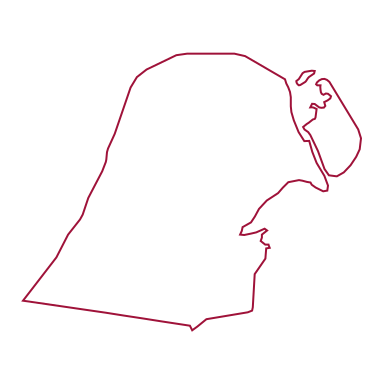 SVG path tracing the border of Al Jahrah
{"feature_id": "KWT-1667", "entity_name": "Al Jahrah", "entity_type": "Province", "adm_level": 1, "iso_a3": "KWT", "parent_name": "Kuwait", "parent_adm1": "", "projection": "equal_earth", "projection_center": [47.841, 29.537], "detail": "fine", "context": "isolated", "style": "outline", "palette": "rose", "viewbox_px": 384, "rotation_deg": 0, "n_neighbors": 0, "source": "natural_earth", "source_scale": "10m", "svg_char_len": 1931}
<svg xmlns="http://www.w3.org/2000/svg" viewBox="0 0 384 384"><path d="M234.5,53.7L245.1,56.1L285.0,79.3L286.3,83.5L288.2,87.2L290.0,92.0L290.8,97.2L290.8,106.3L291.4,112.1L293.8,120.3L298.6,132.1L304.3,141.1L309.2,140.9L312.3,151.9L316.6,162.9L324.4,175.9L328.0,185.6L327.3,190.6L323.2,191.3L315.6,187.5L311.7,184.7L310.5,182.5L306.9,181.9L302.4,180.7L299.0,180.1L288.3,182.2L282.8,187.7L278.1,193.1L266.8,200.5L259.0,208.9L254.9,216.5L251.0,222.4L242.6,227.1L241.8,230.9L240.1,234.6L244.2,235.0L251.0,233.6L256.2,232.4L260.3,230.6L264.6,228.7L267.1,230.5L261.9,234.6L261.9,237.6L260.7,241.0L265.2,244.6L268.4,244.6L268.5,244.6L268.7,245.4L269.7,247.8L266.2,248.4L265.4,258.6L254.7,274.1L252.8,307.3L252.1,310.6L247.8,312.3L206.4,319.2L197.3,326.6L192.2,330.3L189.9,325.7L179.4,324.1L161.0,321.3L142.6,318.4L124.1,315.6L105.7,312.7L85.0,309.7L64.4,306.7L43.7,303.7L23.0,300.7L28.4,293.7L56.4,257.4L68.1,234.6L80.0,219.5L82.7,214.6L88.3,197.9L102.2,171.3L105.8,162.0L106.3,159.6L107.0,152.1L108.0,148.6L114.7,133.9L130.6,87.5L136.9,77.1L146.6,69.5L176.3,55.2L186.9,53.7L234.5,53.7ZM359.7,149.3L356.2,156.8L350.6,165.2L343.8,172.4L336.9,176.3L335.7,176.2L328.9,175.3L324.5,169.0L318.0,151.1L310.3,135.0L309.2,133.5L308.2,132.1L304.5,129.5L303.1,127.0L306.6,124.1L308.8,122.7L312.8,119.5L314.8,118.9L315.5,117.5L316.6,109.0L313.6,107.6L312.1,107.3L310.3,107.4L312.1,103.8L314.7,104.0L319.2,107.4L321.3,107.8L323.9,107.6L325.3,105.9L324.2,102.1L327.6,100.4L330.3,98.4L331.0,96.2L328.0,93.8L325.9,93.5L323.5,94.8L321.7,93.8L320.9,92.2L320.5,89.6L320.3,87.0L320.5,85.3L317.2,85.3L316.8,84.9L316.1,84.3L316.9,82.5L319.2,80.4L321.8,79.1L324.5,78.9L327.0,79.9L329.4,81.9L358.2,129.4L361.0,138.3L359.7,149.3ZM309.1,76.9L307.9,78.2L306.1,81.0L305.3,81.9L300.3,85.0L298.9,85.3L297.6,84.3L296.6,82.7L296.3,81.1L298.8,79.1L302.6,73.2L304.6,71.9L311.8,70.7L314.7,71.0L314.1,73.5L309.1,76.9Z" fill="none" stroke="#9f1239" stroke-width="2"/></svg>